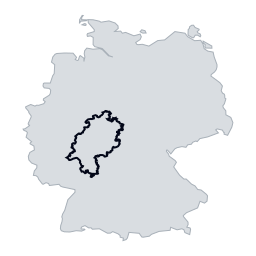 Hessen highlighted on a map of Germany
{"feature_id": "DEU-1574", "entity_name": "Hessen", "entity_type": "State", "adm_level": 1, "iso_a3": "DEU", "parent_name": "Germany", "parent_adm1": "", "projection": "equal_earth", "projection_center": [9.183, 50.526], "detail": "fine", "context": "in_parent", "style": "outline", "palette": "ink", "viewbox_px": 256, "rotation_deg": 0, "n_neighbors": 0, "source": "natural_earth", "source_scale": "10m", "svg_char_len": 8999}
<svg xmlns="http://www.w3.org/2000/svg" viewBox="0 0 256 256"><path d="M107.4,233.2L99.4,228.8L92.3,229.2L91.1,227.8L88.7,227.9L85.0,225.6L81.8,226.9L81.0,228.2L81.2,229.0L84.5,229.1L84.9,229.7L81.6,231.1L76.2,230.7L69.8,232.0L64.4,231.8L61.3,230.7L60.4,228.7L60.7,225.6L62.0,221.6L62.4,218.7L61.8,216.9L62.6,214.1L64.7,210.4L67.9,199.7L75.0,192.2L74.9,189.6L62.7,187.0L60.8,186.3L59.0,184.3L49.4,185.5L48.6,183.5L46.0,182.7L43.3,184.2L42.4,184.0L38.7,179.3L37.8,177.1L36.1,175.7L33.4,175.4L34.3,171.0L36.8,167.8L36.9,165.2L31.6,163.0L28.9,160.0L28.3,156.4L29.9,152.4L34.4,149.9L33.9,146.0L30.2,143.9L30.0,143.2L31.6,141.7L26.1,137.2L27.4,132.7L26.5,131.4L23.9,130.4L23.1,129.1L25.0,128.8L29.4,125.7L29.6,125.2L28.4,124.7L28.2,123.5L31.2,116.9L31.1,115.8L28.8,112.6L28.8,111.5L25.7,107.9L25.7,106.8L30.7,104.5L35.0,106.1L36.6,105.2L38.7,105.3L43.8,103.7L45.2,101.7L43.3,100.1L43.5,98.8L49.3,95.2L50.3,93.5L50.7,90.2L49.9,89.1L49.2,88.4L44.2,87.9L43.0,86.0L43.4,83.5L44.3,83.0L50.3,83.0L52.7,75.8L54.2,73.6L54.7,64.7L51.5,62.1L52.8,57.0L55.1,54.2L56.8,53.5L64.6,53.0L73.1,53.2L76.6,57.4L75.2,59.5L77.3,60.5L78.3,60.1L79.6,56.2L80.3,55.6L83.9,58.2L83.9,61.5L84.9,57.0L84.2,53.8L84.7,50.7L86.8,48.1L93.0,49.2L99.9,48.6L102.5,49.8L108.4,55.8L112.9,57.0L109.4,55.8L102.3,48.5L94.8,46.7L93.1,44.6L93.2,37.4L90.4,35.9L87.4,36.4L87.0,34.8L87.5,33.6L94.2,31.6L94.3,29.7L88.3,22.7L88.0,19.6L93.2,19.8L99.4,21.2L101.0,22.2L109.0,20.9L115.1,23.0L118.0,25.9L118.2,28.5L114.6,31.5L120.7,31.1L122.3,33.2L125.6,32.4L133.9,35.8L140.1,34.1L141.3,36.8L140.1,39.6L135.7,42.5L136.7,44.3L138.1,44.7L142.3,44.3L148.9,46.1L157.7,40.6L164.7,39.9L174.9,31.6L185.0,33.2L187.7,36.7L194.6,40.7L200.7,40.3L203.0,44.1L204.2,48.7L207.8,51.1L213.1,52.1L214.2,57.0L217.0,64.7L217.0,67.0L216.2,69.7L214.6,71.9L211.2,74.6L211.0,76.1L219.9,82.7L222.4,86.0L221.2,90.8L222.6,93.2L224.1,94.0L224.7,95.2L224.8,98.0L225.9,98.8L224.4,103.8L222.8,105.9L223.3,107.7L225.8,110.8L225.9,114.8L230.8,117.4L232.9,122.6L231.8,127.2L227.6,135.3L224.1,134.2L224.2,132.4L223.6,132.3L222.4,130.1L217.1,128.9L215.7,129.9L218.4,132.9L207.7,136.9L199.9,138.6L197.2,141.6L195.8,141.0L192.7,142.3L191.4,144.2L187.7,144.8L186.0,147.3L181.9,146.6L177.0,147.7L174.8,148.9L170.8,153.9L167.5,150.1L166.6,150.1L166.4,151.3L168.5,154.0L169.3,156.3L175.1,160.5L176.4,162.3L173.7,166.9L179.5,175.1L183.8,179.0L186.2,179.0L191.5,184.1L195.0,185.9L197.7,189.5L201.1,190.0L206.4,194.3L207.5,195.8L207.0,201.2L204.5,203.1L200.0,201.3L197.6,207.9L186.5,212.7L183.3,215.6L183.4,216.5L188.0,222.1L188.1,224.6L186.8,227.2L190.0,227.9L190.6,229.2L189.7,234.6L184.9,232.6L183.9,229.7L181.9,228.8L177.1,229.8L170.6,227.3L170.1,230.3L159.1,231.4L151.5,234.3L149.3,236.2L143.2,237.2L141.8,237.0L139.2,233.3L129.0,232.4L127.4,238.0L126.1,239.6L123.0,240.6L123.4,238.1L120.2,237.2L120.1,235.5L118.0,233.8L112.7,231.6L110.4,233.1L107.4,233.2ZM200.2,34.0L200.8,35.8L200.2,36.8L197.7,35.2L195.2,35.2L193.7,37.7L192.6,37.8L188.7,35.6L188.0,34.5L188.2,29.5L189.4,28.4L189.5,26.9L191.6,25.3L193.5,25.2L195.1,27.5L198.9,29.1L199.2,29.8L197.2,31.7L197.8,32.8L200.2,34.0ZM211.8,46.0L211.9,48.2L205.5,48.0L204.9,46.3L205.3,44.7L203.1,42.9L203.1,41.1L211.8,46.0ZM80.8,21.2L79.4,23.4L79.7,19.5L82.2,15.4L83.2,15.5L81.8,17.3L81.6,19.7L87.1,19.9L86.5,20.7L80.8,21.2ZM146.1,33.0L142.7,33.1L140.1,31.7L141.7,29.8L145.0,30.7L146.1,33.0ZM86.2,24.9L85.3,25.5L82.0,24.8L84.4,23.6L85.8,23.9L86.2,24.9Z" fill="#d9dde1" stroke="#a8b0b8" stroke-width="1"/><path d="M116.9,118.9L116.5,119.2L116.3,119.5L116.4,120.1L116.7,120.5L116.8,121.2L117.3,121.3L117.7,121.7L118.1,121.7L119.2,122.0L119.3,122.1L119.2,122.5L119.3,122.7L119.7,122.9L119.8,123.4L121.5,124.0L122.0,124.0L123.4,124.6L123.4,124.8L123.3,125.0L123.0,125.3L122.9,125.6L122.7,126.5L122.3,126.3L122.3,126.0L122.1,125.8L121.2,125.9L121.0,126.0L121.3,126.4L122.0,126.6L121.9,127.0L121.5,127.6L121.3,128.3L121.8,128.4L122.0,128.6L122.5,128.7L122.8,129.1L122.9,129.4L122.5,130.1L121.2,130.1L120.9,130.0L120.9,129.7L120.5,129.8L120.2,129.7L119.3,129.8L118.7,130.1L118.7,130.5L119.1,131.1L119.2,131.5L118.4,131.8L117.3,131.6L117.1,131.7L117.0,131.8L117.0,132.0L117.4,132.0L117.4,132.5L117.5,132.7L118.0,132.3L118.3,132.3L118.9,132.6L119.1,133.1L119.4,133.4L118.7,134.1L118.7,134.4L118.7,134.7L118.7,134.8L117.5,135.1L117.0,135.3L117.0,135.5L116.8,135.9L116.9,136.5L116.4,136.6L116.3,136.8L116.7,137.2L116.6,137.7L116.1,138.6L116.2,138.9L115.7,139.3L115.4,139.7L115.3,140.3L115.5,140.6L116.0,140.5L116.6,140.8L117.0,140.8L117.1,140.7L117.3,140.5L117.0,140.1L117.0,139.8L118.3,139.4L119.5,139.7L119.9,140.3L119.9,141.0L119.5,141.1L119.2,141.5L119.3,141.8L119.3,142.5L119.5,143.0L119.2,143.9L119.3,144.0L119.5,144.1L119.2,144.6L118.2,146.1L117.8,146.4L116.3,147.1L114.7,147.5L114.2,147.5L113.6,146.9L113.1,147.1L112.8,147.4L112.3,149.0L112.4,150.2L111.8,150.7L110.8,151.0L110.7,151.1L110.5,151.3L110.3,151.7L110.4,152.1L110.5,152.2L110.4,152.3L109.3,152.6L108.9,152.6L108.5,152.5L108.0,152.6L107.6,152.3L107.4,152.4L106.9,152.3L106.8,152.5L106.9,153.1L106.7,154.0L106.8,154.1L107.3,154.2L107.4,154.3L107.0,155.0L106.9,155.2L107.1,155.8L106.8,156.0L105.4,156.5L104.5,156.5L103.9,155.6L102.7,155.1L100.6,155.0L99.6,155.2L99.5,155.7L99.1,156.1L98.6,156.3L98.7,155.9L97.7,155.5L96.5,156.0L95.7,156.1L95.4,156.3L95.3,156.5L95.3,157.3L94.9,157.4L94.6,157.7L95.0,157.9L95.4,157.8L95.7,157.9L95.9,158.6L96.1,158.9L96.1,159.2L96.4,159.8L95.8,159.6L95.8,161.9L96.6,163.9L96.7,164.2L96.8,164.2L97.1,163.8L97.2,164.7L97.4,165.1L97.7,165.3L98.2,165.2L98.4,165.5L98.3,165.8L97.9,166.2L98.0,166.5L98.6,166.8L98.2,167.5L98.2,167.8L98.3,168.1L98.0,168.4L97.4,168.5L97.5,168.9L97.7,169.8L96.8,170.7L96.9,170.9L97.4,171.3L97.7,171.8L97.5,172.0L97.3,172.0L97.0,171.8L96.9,171.8L96.9,172.0L97.4,172.6L98.0,173.5L97.8,173.7L97.5,173.4L96.9,173.4L96.7,173.4L96.2,173.9L95.9,173.9L95.4,173.8L94.0,173.9L93.4,174.5L93.8,175.1L93.9,175.3L93.7,175.5L93.1,175.8L93.0,175.6L92.8,175.6L92.6,176.2L91.7,177.0L90.8,176.8L90.7,176.7L90.8,176.3L91.2,176.0L91.2,175.9L91.1,175.2L91.2,174.9L91.7,174.4L92.1,174.7L92.3,174.7L92.6,174.2L92.6,173.8L91.1,173.9L90.7,173.3L89.7,173.3L88.6,172.7L88.3,172.5L88.0,171.8L87.9,171.4L88.0,171.2L88.0,170.9L87.7,170.7L87.6,170.3L85.8,170.7L85.8,170.8L86.2,172.4L86.2,172.6L86.0,172.8L85.1,173.2L83.5,171.8L82.9,171.4L82.4,171.4L81.6,171.6L81.2,170.7L80.3,169.1L80.3,168.3L80.7,167.8L81.4,167.4L82.1,167.3L82.9,166.4L83.0,166.1L82.7,166.0L81.8,166.1L81.4,165.3L81.0,164.7L80.8,163.8L80.0,162.8L79.9,162.4L80.2,161.4L79.8,160.4L77.3,158.1L76.7,157.9L76.0,157.9L73.1,158.7L72.2,159.2L71.1,159.7L70.1,160.0L69.2,160.0L68.8,159.5L68.7,159.1L68.5,158.9L67.1,157.8L66.7,157.6L68.3,156.7L68.5,156.1L68.8,155.7L69.6,155.7L70.0,156.0L70.4,155.2L69.8,154.8L69.7,154.7L69.6,154.4L69.7,154.2L70.0,153.7L70.3,153.3L71.6,152.8L71.9,152.5L72.3,152.8L72.6,152.9L73.1,152.3L72.8,152.0L72.9,151.8L73.0,151.5L74.3,151.5L74.7,151.4L74.9,151.2L74.6,150.1L74.4,149.8L73.9,149.5L73.2,148.3L72.8,148.2L72.7,147.8L71.6,147.6L71.5,147.3L71.8,147.1L72.1,146.3L72.6,145.9L72.1,145.5L72.1,144.3L72.2,143.9L72.6,143.7L73.0,143.3L73.4,143.2L73.8,143.2L74.3,143.7L74.8,143.7L75.3,143.3L75.9,142.0L75.8,141.9L75.6,141.8L75.5,141.5L75.4,141.1L74.9,140.2L75.2,139.7L75.3,139.2L75.5,138.8L76.0,138.5L76.2,137.4L76.0,137.2L75.5,136.8L75.4,136.6L75.3,136.3L76.5,135.5L76.7,135.0L77.2,134.7L78.7,133.5L79.2,133.5L79.4,133.9L79.6,134.0L80.6,134.0L81.3,133.6L81.3,133.2L82.0,132.6L82.4,132.4L82.9,132.5L83.0,132.3L83.0,131.6L83.5,130.8L83.9,130.5L84.3,129.8L84.7,129.4L84.5,128.5L84.6,128.1L84.2,127.5L84.3,127.3L86.6,127.3L87.4,127.4L88.4,126.9L88.5,126.7L88.2,126.2L89.5,125.0L89.5,124.8L89.5,124.4L89.0,122.7L88.8,122.6L88.8,122.2L88.6,122.1L88.0,122.5L86.9,122.6L86.7,123.0L86.4,123.0L86.1,122.9L85.9,122.5L85.5,122.1L85.9,121.4L87.1,120.3L87.3,120.0L87.7,119.8L87.9,119.5L89.0,119.2L90.0,119.1L90.8,118.9L91.9,119.1L92.8,118.7L93.7,118.6L93.9,118.5L94.0,118.0L93.8,117.9L93.3,117.8L93.2,116.9L92.9,116.5L92.9,116.2L93.0,116.0L94.2,115.6L95.5,115.2L97.0,115.8L97.1,116.0L97.2,116.3L97.1,116.7L97.7,117.1L98.7,117.3L99.6,116.8L100.0,116.7L100.3,115.9L102.0,115.0L102.3,114.5L102.9,113.9L103.3,112.8L102.8,112.4L103.1,112.3L104.7,111.8L105.2,111.2L105.4,111.3L105.8,111.0L106.3,111.1L106.4,111.6L106.8,111.8L107.2,111.8L107.7,111.5L108.1,111.7L108.5,111.9L109.4,111.7L109.6,112.1L110.1,112.4L110.4,113.0L110.9,113.4L110.7,113.7L110.5,113.8L109.8,113.4L109.7,113.6L109.9,114.1L109.7,114.1L109.3,114.0L109.2,114.8L108.8,115.0L109.3,116.0L109.5,116.2L109.8,116.4L109.6,116.7L109.7,117.0L109.7,117.4L109.8,118.1L109.6,118.4L108.4,118.5L108.1,118.9L108.2,119.3L108.2,119.5L107.4,119.3L107.6,119.6L108.2,120.0L110.2,120.7L110.5,120.7L110.8,120.8L111.5,121.5L111.8,121.5L112.8,120.8L112.9,120.5L113.1,120.2L112.9,120.1L112.4,120.4L111.6,119.8L111.5,119.5L112.7,118.8L113.3,118.7L113.5,118.5L113.4,118.1L113.7,118.2L114.2,118.5L114.6,119.1L114.9,119.2L115.2,118.9L114.9,118.3L114.9,118.1L115.4,118.1L115.6,117.9L115.8,117.8L115.9,118.3L116.9,118.9Z" fill="none" stroke="#020617" stroke-width="2"/></svg>